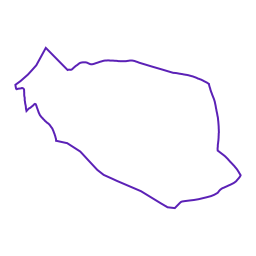 Sirwah, Ma'rib, Yemen
{"feature_id": "15242507B46939016303647", "entity_name": "Sirwah", "entity_type": "district", "adm_level": 2, "iso_a3": "YEM", "parent_name": "Yemen", "parent_adm1": "Ma'rib", "projection": "equal_earth", "projection_center": [45.022, 15.441], "detail": "fine", "context": "isolated", "style": "outline", "palette": "violet", "viewbox_px": 256, "rotation_deg": 0, "n_neighbors": 0, "source": "geoboundaries", "source_scale": "gbopen_adm2", "svg_char_len": 4100}
<svg xmlns="http://www.w3.org/2000/svg" viewBox="0 0 256 256"><path d="M56.1,140.8L56.7,140.9L65.9,142.9L67.1,143.1L80.2,151.5L82.1,153.5L87.9,159.8L97.3,169.9L103.7,174.9L112.4,178.8L116.7,180.8L141.0,191.2L160.8,203.3L167.6,207.3L168.7,207.4L174.8,208.1L179.7,203.1L180.9,202.0L182.1,201.5L184.8,201.1L190.4,200.4L193.9,200.0L198.6,199.2L206.5,197.3L211.0,196.1L214.2,194.8L216.7,193.4L217.7,192.8L218.1,192.3L218.7,191.5L219.4,190.6L220.2,189.8L220.5,189.5L221.1,189.1L221.9,188.5L222.9,188.0L223.8,187.7L224.6,187.3L225.5,186.9L226.4,186.5L227.3,186.1L228.3,185.6L229.2,185.2L230.2,184.8L231.0,184.4L232.0,183.9L232.8,183.5L233.7,183.0L234.5,182.5L235.4,181.8L236.2,181.2L236.8,180.4L237.5,179.6L238.2,178.8L238.9,178.0L239.6,177.1L240.2,176.2L240.6,175.2L240.4,175.0L239.9,174.0L239.3,173.1L238.7,172.0L238.1,171.1L237.5,170.1L236.8,169.1L236.0,168.1L235.2,167.2L234.6,166.4L233.9,165.6L233.2,164.9L232.4,164.0L231.6,163.2L230.9,162.4L230.1,161.7L229.4,160.8L228.6,160.0L227.9,159.1L226.9,158.1L226.1,157.3L225.3,156.5L224.5,155.8L223.6,155.1L222.7,154.4L221.9,153.8L221.0,153.1L220.2,152.5L219.3,151.8L218.4,151.1L217.7,150.6L217.6,149.4L217.6,148.1L217.8,146.7L217.8,145.4L217.9,144.3L218.1,143.0L218.2,141.9L218.4,140.3L218.5,138.8L218.6,137.5L218.6,136.3L218.7,135.1L218.7,133.6L218.9,132.3L218.8,130.8L218.8,129.6L218.7,128.2L218.7,127.0L218.6,125.5L218.5,124.2L218.4,122.9L218.3,121.6L218.1,120.0L218.0,118.7L217.8,117.1L217.5,115.9L217.3,114.7L217.1,113.5L216.8,112.1L216.5,110.8L216.3,109.4L216.0,108.2L215.8,106.9L215.6,105.7L215.5,105.2L215.3,104.3L215.0,102.9L214.8,101.8L214.4,100.5L214.1,99.5L213.7,98.4L213.2,97.2L212.7,95.9L212.2,94.7L211.7,93.2L211.2,92.0L210.8,90.8L210.4,89.6L210.1,88.3L209.7,87.2L209.3,85.8L209.0,84.5L208.9,83.9L208.6,83.8L207.8,83.2L206.9,82.6L206.1,82.2L205.1,81.7L204.3,81.3L203.5,80.9L202.7,80.4L201.8,80.0L200.8,79.5L199.8,79.2L198.9,78.8L198.0,78.6L197.1,78.1L196.2,77.7L195.2,77.3L194.3,77.0L193.3,76.6L192.4,76.3L191.4,76.1L190.5,75.8L189.6,75.6L188.7,75.3L187.7,75.1L186.8,74.9L185.9,74.8L184.9,74.6L184.1,74.5L183.1,74.3L182.3,74.1L181.4,74.0L180.4,73.8L179.4,73.7L178.5,73.5L177.5,73.3L176.5,73.1L175.5,73.0L174.3,72.9L173.4,72.9L166.7,70.9L162.4,69.6L152.4,66.7L140.5,63.1L139.5,62.8L138.4,62.4L137.5,62.0L136.5,61.7L135.6,61.4L134.6,61.0L133.6,60.8L132.6,60.6L131.6,60.5L130.5,60.5L129.5,60.6L128.5,60.8L127.6,60.9L126.5,61.1L125.4,61.2L124.5,61.2L123.6,61.2L122.4,61.2L121.3,61.2L120.1,61.2L119.1,61.1L118.2,61.1L117.1,60.9L116.1,60.8L114.9,60.8L113.9,60.7L113.0,60.6L112.1,60.6L111.1,60.6L110.0,60.6L109.0,60.4L107.8,60.4L106.7,60.5L105.7,60.5L104.5,60.6L103.5,60.8L102.4,61.1L101.5,61.4L100.3,61.7L99.1,62.1L98.3,62.4L97.4,62.7L96.4,63.0L95.5,63.3L94.7,63.6L93.4,64.0L92.6,64.2L91.3,64.3L90.1,64.1L89.2,63.7L88.3,63.3L87.4,62.8L86.4,62.5L85.5,62.3L84.4,62.3L83.4,62.3L82.3,62.4L81.2,62.6L80.1,62.9L79.1,63.5L78.2,64.2L77.4,64.9L76.6,65.4L75.7,66.0L74.9,66.7L74.1,67.4L73.2,68.2L72.4,69.0L71.6,69.6L70.5,69.8L69.6,69.7L68.5,69.7L67.6,70.0L45.8,47.9L36.3,65.3L32.2,69.9L27.9,74.6L20.5,81.1L15.4,84.8L15.6,86.3L16.1,88.7L16.3,88.9L17.2,88.9L17.3,88.9L17.3,89.0L18.2,88.7L18.5,88.7L21.3,88.3L21.8,88.0L22.1,88.0L22.4,88.1L22.8,88.2L23.6,88.8L24.0,89.4L24.1,90.1L24.1,91.4L24.2,92.5L24.2,93.7L24.2,94.9L24.3,96.1L24.7,97.8L24.7,99.0L24.7,100.3L25.0,101.7L25.1,102.9L25.3,104.0L25.6,105.2L25.8,106.4L25.9,107.6L26.0,108.9L26.3,110.0L26.5,111.0L26.7,110.8L27.5,109.9L28.3,109.0L29.2,108.3L29.4,108.2L30.1,107.9L30.9,107.3L31.7,106.6L32.6,105.9L33.3,105.3L34.1,104.4L34.9,103.9L35.7,104.2L36.2,105.3L36.6,106.4L36.9,107.5L37.3,108.5L37.7,109.6L38.1,110.8L38.5,111.8L38.5,112.0L38.9,113.0L39.0,113.1L39.4,114.0L39.9,115.1L40.6,116.0L41.2,116.8L41.3,116.9L42.0,117.7L42.8,118.4L43.1,118.9L43.5,119.3L44.4,120.1L45.0,120.9L45.8,121.5L46.5,122.2L47.2,122.8L48.1,123.4L48.3,123.5L48.9,124.1L49.3,124.5L49.6,124.8L50.4,125.9L51.0,126.8L51.7,127.7L52.3,128.5L52.8,129.7L53.3,130.8L53.6,131.6L53.7,131.9L54.1,133.0L54.6,134.2L54.9,135.3L55.3,136.3L55.3,136.5L55.6,137.7L56.0,139.0L56.1,140.4L56.1,140.8Z" fill="none" stroke="#5b21b6" stroke-width="2"/></svg>